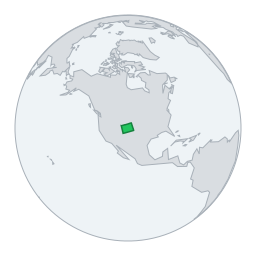 Colorado on an orthographic globe, rotated 344°
{"feature_id": "USA-3522", "entity_name": "Colorado", "entity_type": "State", "adm_level": 1, "iso_a3": "USA", "parent_name": "United States of America", "parent_adm1": "", "projection": "orthographic", "projection_center": [-105.117, 39.0], "detail": "fine", "context": "on_globe", "style": "filled", "palette": "green", "viewbox_px": 256, "rotation_deg": 344, "n_neighbors": 0, "source": "natural_earth", "source_scale": "10m", "svg_char_len": 10697}
<svg xmlns="http://www.w3.org/2000/svg" viewBox="0 0 256 256"><g transform="rotate(344 128 128)"><circle cx="128" cy="128" r="113" fill="#eef3f6" stroke="#a8b0b8"/><path d="M23.5,170.0L23.8,170.7L23.5,170.0ZM167.0,233.7L166.0,234.0L172.6,231.2L170.0,232.3L174.9,229.0L180.7,224.7L188.7,212.3L187.6,210.4L181.0,210.1L173.3,201.8L176.2,196.1L174.1,194.3L180.7,184.6L178.5,177.9L176.0,177.6L173.9,181.1L165.0,178.7L161.2,173.6L131.0,167.8L127.3,164.8L126.3,159.5L111.9,141.3L120.2,158.5L115.4,155.3L110.8,149.1L112.4,147.6L108.1,138.3L103.2,134.5L99.6,122.4L102.8,107.3L105.0,109.9L105.5,106.2L102.9,102.8L101.0,101.6L99.2,86.4L91.3,77.2L86.0,77.8L89.4,75.1L77.5,79.1L71.4,77.7L80.0,77.2L82.2,75.6L79.0,73.4L80.5,71.3L79.9,69.1L82.0,66.9L86.9,67.2L88.4,65.8L86.0,64.4L86.7,61.5L89.9,63.8L91.4,59.0L99.8,59.2L106.9,68.1L113.3,67.3L125.2,74.4L125.8,72.2L130.7,73.9L133.3,72.2L134.8,74.3L135.6,71.1L133.8,69.6L133.5,67.7L134.9,66.6L137.0,69.0L136.6,69.9L137.9,70.0L138.4,71.7L138.9,70.3L141.3,73.5L141.0,68.8L144.6,70.0L145.6,72.6L142.8,74.3L138.3,85.4L138.5,89.0L141.6,92.1L153.0,93.5L154.3,96.9L158.1,100.0L158.6,97.1L155.8,93.7L157.7,89.3L154.1,85.9L154.4,83.8L151.8,79.8L155.1,78.4L159.7,79.3L162.0,82.6L164.1,83.2L164.2,78.6L170.8,83.7L179.1,85.5L180.5,87.2L179.0,92.7L173.1,96.1L171.1,104.4L175.3,97.1L178.7,102.0L180.5,102.1L182.1,100.9L181.9,98.4L183.7,99.8L180.2,107.2L178.5,106.0L179.7,103.6L176.9,105.4L174.6,110.9L176.5,113.2L170.9,119.9L172.2,121.7L171.7,124.3L170.0,120.9L173.0,127.4L166.8,137.7L170.6,149.0L163.6,141.5L159.2,141.6L154.1,143.1L154.6,144.9L147.1,145.0L141.5,150.1L141.1,159.6L145.1,166.0L153.3,164.8L154.9,160.6L160.5,158.5L158.2,169.5L168.2,168.5L168.2,175.9L171.3,178.8L175.9,176.4L180.8,176.6L183.6,171.3L188.5,167.0L189.3,172.6L191.4,166.2L194.5,167.7L203.8,162.5L203.3,164.2L211.2,166.1L218.7,163.3L220.4,165.8L219.6,168.9L221.9,167.5L221.9,169.0L230.1,162.2L233.3,160.6L232.5,165.6L228.6,175.4L222.0,189.4L214.1,199.4L210.2,204.6L200.5,214.0L196.0,217.2L195.3,218.2L191.1,221.3L187.6,223.4L185.3,225.0L182.6,226.4L183.1,226.2L182.5,226.6L174.9,230.4L167.0,233.7ZM45.7,142.2L46.2,139.8L47.0,142.0L45.7,142.2ZM45.7,137.8L45.7,138.7L45.6,137.9L45.7,137.8ZM45.1,136.9L45.5,137.6L45.0,137.0L45.1,136.9ZM44.2,135.9L44.7,136.3L44.2,135.9ZM171.0,153.0L182.3,154.7L176.7,157.5L177.6,156.1L174.6,154.8L169.2,154.4L164.0,157.1L171.0,153.0ZM43.1,133.7L42.8,133.1L43.4,133.2L43.1,133.7ZM174.2,145.2L172.3,145.4L174.0,144.7L174.2,145.2ZM99.9,101.4L102.6,103.0L104.5,107.0L102.0,105.8L99.9,101.4ZM96.7,94.2L98.4,94.2L97.7,97.9L96.9,96.7L96.7,94.2ZM81.9,78.9L83.8,80.0L81.4,79.7L81.9,78.9ZM79.4,69.2L78.3,69.6L78.4,68.4L79.4,69.2ZM150.1,80.9L150.9,80.4L151.0,81.4L150.1,80.9ZM148.2,79.7L147.7,81.3L146.8,81.0L147.1,80.0L148.2,79.7ZM81.8,63.9L82.3,61.9L82.7,64.0L81.8,63.9ZM149.1,77.9L145.1,80.2L143.4,79.7L143.2,75.7L149.1,77.9ZM83.2,60.7L84.2,56.1L82.0,56.5L89.0,52.9L85.7,57.9L86.5,60.3L84.8,59.7L83.2,60.7ZM132.6,69.6L134.6,71.2L131.7,70.9L132.6,69.6ZM130.8,69.9L122.1,72.2L119.8,69.5L123.2,69.2L119.2,66.7L122.3,64.2L125.2,65.0L126.1,67.2L126.6,64.6L130.8,69.9ZM92.6,51.8L93.6,50.9L93.5,52.0L92.6,51.8ZM133.2,67.0L131.6,67.6L129.5,65.3L132.2,63.6L132.1,64.9L133.2,67.0ZM116.6,67.3L115.5,65.4L117.8,62.8L117.7,61.8L122.2,63.9L116.6,67.3ZM133.2,64.8L133.7,62.8L135.9,63.0L134.5,66.2L133.2,64.8ZM127.8,65.4L127.0,64.3L128.3,64.3L127.8,65.4ZM144.1,62.7L142.3,63.3L141.0,62.1L144.1,62.7ZM133.7,62.1L132.9,62.1L132.2,61.7L133.0,60.5L133.7,62.1ZM123.5,62.0L124.6,61.4L121.7,61.0L123.3,59.2L126.1,61.0L125.5,59.5L126.0,58.9L127.7,61.0L123.5,62.0ZM131.6,58.2L135.7,60.1L139.3,59.2L140.5,60.1L134.5,61.6L131.6,58.2ZM129.2,59.7L131.0,59.0L131.6,60.5L130.7,61.9L129.2,59.7ZM123.4,57.4L120.3,59.7L119.8,59.2L123.4,57.4ZM132.6,57.6L131.6,57.2L132.8,57.4L132.6,57.6ZM126.1,57.1L125.0,57.9L124.5,57.4L126.1,57.1ZM130.5,55.7L131.8,56.3L131.2,57.2L130.5,55.7ZM128.3,56.1L127.9,55.1L130.2,57.2L128.0,56.5L128.3,56.1ZM125.7,56.4L125.1,56.4L126.2,56.2L125.7,56.4ZM131.8,52.0L134.9,54.4L133.7,56.3L130.8,53.7L131.8,52.0ZM193.4,36.3L190.9,34.5L193.4,36.3ZM176.2,26.2L177.1,26.6L172.7,24.7L178.0,27.2L177.5,26.9L180.8,28.5L181.4,29.0L179.9,28.2L181.9,29.4L188.9,33.3L189.2,33.4L196.0,38.3L197.1,39.0L199.7,41.2L198.8,40.8L197.2,39.7L197.2,41.9L199.6,43.4L199.7,41.6L200.7,42.6L203.9,45.2L202.3,44.1L201.6,46.2L206.2,52.0L216.0,63.0L217.9,66.9L217.6,69.3L209.9,63.1L206.7,55.1L203.9,53.2L201.1,53.7L200.4,51.4L198.8,50.7L197.3,47.9L191.6,43.6L189.5,41.0L184.0,39.0L182.2,37.6L186.0,39.1L187.5,38.9L181.8,33.3L179.8,32.1L176.6,31.4L175.5,30.2L173.2,30.2L168.3,27.5L172.3,31.1L168.8,30.8L164.0,29.2L163.6,29.9L171.3,32.5L173.7,33.1L174.6,32.4L181.8,35.0L184.5,37.0L179.7,37.1L182.9,40.2L177.7,39.3L160.1,32.1L154.4,29.5L152.0,24.6L155.3,24.9L157.7,26.6L158.5,24.8L157.0,25.0L156.0,24.1L152.3,24.0L151.5,23.3L149.5,24.4L148.0,23.6L149.3,23.0L142.7,22.5L138.7,21.3L137.7,21.6L137.6,22.2L132.7,20.5L132.1,20.8L133.5,21.4L133.2,22.4L130.8,23.7L129.3,23.0L129.9,22.5L128.9,20.5L130.8,19.4L130.0,19.3L127.9,20.1L129.1,22.5L128.1,23.4L127.1,22.3L127.4,22.8L126.4,23.1L123.9,22.8L124.9,24.1L116.2,29.3L110.6,29.7L110.6,27.9L102.9,31.7L97.1,32.4L98.4,32.9L95.6,35.5L97.3,35.3L97.8,35.7L91.3,42.9L88.5,44.3L87.2,48.6L87.9,48.9L89.8,48.0L89.0,52.9L82.0,56.5L80.8,55.5L77.3,58.7L75.1,56.1L71.7,55.7L71.5,51.5L68.8,51.7L67.7,53.0L63.2,54.5L57.8,53.7L67.0,48.7L76.1,50.1L72.8,48.9L75.0,47.6L74.7,46.3L72.2,45.8L71.1,46.6L74.5,38.9L71.5,36.2L68.3,39.5L64.7,41.5L58.5,42.7L59.2,39.0L54.5,42.7L53.7,43.3L60.5,37.9L61.0,37.4L62.7,36.2L65.6,34.2L66.0,34.0L66.5,33.7L73.5,29.4L80.8,25.7L88.4,22.6L96.2,19.9L104.1,17.9L112.2,16.5L120.4,15.6L128.6,15.4L136.8,15.7L144.9,16.6L153.0,18.2L160.9,20.3L168.7,23.0L176.2,26.2ZM239.6,113.0L239.6,113.4L236.8,108.7L235.0,102.0L232.5,97.5L218.2,67.7L217.7,64.6L209.4,51.4L208.8,50.4L212.5,54.0L210.5,51.3L216.2,57.9L221.3,64.9L225.9,72.2L229.9,79.9L233.3,87.9L236.0,96.1L238.2,104.5L239.6,113.0ZM226.0,78.8L227.1,80.3L226.0,78.8ZM204.1,162.2L205.3,162.7L203.9,163.6L204.1,162.2ZM176.3,160.3L178.5,159.6L179.8,160.2L178.2,161.1L176.3,160.3ZM193.8,153.1L196.1,152.6L193.9,154.2L193.8,153.1ZM184.0,154.7L191.9,153.9L187.6,157.7L182.5,158.3L185.8,156.4L184.0,154.7ZM174.0,149.2L175.5,149.2L175.4,150.5L174.0,149.2ZM175.5,144.7L175.0,145.0L174.1,144.3L175.5,144.7ZM178.9,101.5L179.3,101.0L181.0,100.2L180.6,101.5L178.9,101.5ZM186.3,91.8L189.0,94.3L186.8,93.3L186.7,95.4L182.0,96.2L181.0,88.1L182.3,91.5L186.3,91.8ZM175.5,95.4L178.6,95.6L175.2,95.8L175.5,95.4ZM191.8,50.9L192.4,49.9L194.7,51.2L197.3,55.3L194.1,53.3L191.8,50.9ZM192.7,48.4L187.2,47.8L185.3,45.5L187.3,46.8L186.6,45.4L189.7,47.2L193.3,45.9L195.5,47.1L199.2,53.4L196.8,50.6L196.3,51.6L192.7,48.4ZM176.3,52.6L173.9,53.0L173.0,47.4L175.4,47.8L178.2,51.6L177.0,53.5L176.3,52.6ZM149.5,70.7L148.7,71.7L148.1,71.0L148.3,69.6L149.5,70.7ZM143.3,63.1L152.7,66.0L152.2,67.2L158.3,67.8L159.4,71.2L155.4,70.6L160.7,73.9L157.5,74.8L161.3,76.7L152.3,75.1L149.6,76.2L152.2,73.6L151.3,70.3L150.2,69.3L144.8,67.2L138.7,68.3L136.8,65.5L137.2,63.3L138.4,62.6L139.2,64.6L140.2,62.2L142.3,64.6L143.3,63.1ZM142.2,42.1L142.6,44.0L145.0,40.9L147.1,42.8L147.3,42.3L149.9,43.2L153.3,43.6L153.9,44.7L155.0,44.4L156.7,45.1L158.4,45.2L160.0,47.1L162.2,47.4L161.7,48.2L165.0,48.1L163.3,49.1L165.4,50.3L166.0,48.7L170.5,60.7L173.8,65.3L177.5,68.8L173.9,70.4L168.2,68.3L162.0,64.5L159.4,60.0L158.3,61.7L156.7,60.1L158.2,59.4L154.9,59.5L154.0,58.0L148.4,55.4L144.2,56.7L142.1,56.0L143.3,54.7L140.3,54.8L141.2,52.0L139.7,51.5L139.0,48.3L142.2,46.4L140.3,46.0L139.7,43.7L142.2,42.1ZM131.7,51.1L135.1,48.1L137.9,47.8L137.9,53.6L139.1,54.5L139.2,58.4L135.1,58.9L135.5,57.7L134.8,56.6L136.4,56.9L134.7,55.9L135.1,54.3L134.0,53.1L135.4,52.5L131.7,51.1ZM206.5,48.0L205.7,47.1L204.1,45.5L206.1,47.1L206.5,48.0ZM206.2,49.5L205.2,48.4L207.3,49.7L208.1,50.8L206.2,49.5ZM202.9,46.8L205.0,48.2L204.4,48.1L202.9,46.8ZM184.9,38.1L183.7,37.1L184.3,37.1L185.7,37.8L184.9,38.1ZM149.7,34.1L149.5,35.1L148.8,35.0L146.3,36.4L144.5,35.3L145.3,34.0L149.7,34.1ZM147.4,33.2L146.6,33.8L146.2,32.9L147.4,33.2ZM143.1,34.5L142.3,33.5L144.0,35.3L143.1,34.5ZM131.1,26.2L136.6,25.3L139.4,24.3L139.1,23.0L141.8,24.7L137.6,26.2L131.1,26.2ZM118.2,28.9L118.5,30.3L116.8,30.2L116.5,29.9L118.2,28.9ZM119.5,29.4L122.7,30.3L121.8,31.4L119.5,30.5L119.5,29.4ZM135.2,31.1L137.0,30.9L137.2,31.6L135.2,31.1ZM23.2,169.3L23.5,170.0L23.8,170.7L23.3,169.5L23.2,169.3ZM47.9,48.8L48.8,47.9L47.5,49.3L46.9,49.8L47.3,49.4L47.9,48.8ZM50.8,46.0L50.4,46.4L48.0,49.0L49.0,48.3L48.1,49.9L50.4,48.3L50.5,48.9L47.6,51.2L44.3,53.5L47.5,49.3L49.8,46.9L50.8,46.0ZM51.6,47.6L55.3,46.2L52.1,49.8L50.6,50.9L50.2,50.0L51.9,48.1L51.6,47.6ZM55.3,47.0L57.0,45.2L66.1,41.1L67.3,41.2L58.6,45.9L59.8,44.5L58.1,45.0L55.3,47.0ZM92.6,50.7L93.5,50.8L92.3,51.4L92.6,50.7ZM98.8,35.5L99.1,36.3L97.7,36.8L98.8,35.5ZM99.3,38.6L100.7,37.5L99.9,39.0L99.3,38.6ZM103.7,35.2L101.6,37.2L102.7,34.9L103.7,35.2Z" fill="#d9dde1" stroke="#a8b0b8" stroke-width="1"/><path d="M122.2,123.9L122.4,124.0L122.6,124.0L122.9,124.0L123.1,124.0L123.3,124.0L123.6,124.0L123.8,124.0L124.0,124.0L124.3,124.0L124.5,124.0L125.0,124.0L125.4,124.0L125.7,124.0L125.9,124.1L126.1,124.1L126.4,124.1L126.6,124.1L126.8,124.1L127.1,124.1L127.3,124.1L127.5,124.1L127.8,124.1L128.0,124.1L128.5,124.1L128.9,124.1L129.2,124.1L129.4,124.1L129.6,124.1L129.8,124.1L130.0,124.1L130.3,124.0L130.5,124.0L130.9,124.0L131.0,124.0L131.4,124.0L131.6,124.0L131.9,124.0L132.1,124.0L132.3,124.0L132.5,124.0L132.6,124.4L132.6,124.5L132.6,124.9L132.6,125.0L132.6,125.3L132.6,125.5L132.6,125.8L132.6,126.0L132.6,126.3L132.6,126.5L132.6,126.9L132.7,127.1L132.7,127.4L132.7,127.6L132.7,127.8L132.7,128.0L132.7,128.4L132.7,128.5L132.7,128.9L132.7,129.1L132.7,129.3L132.7,129.5L132.8,129.6L132.8,129.8L132.8,130.0L132.8,130.4L132.8,130.6L132.8,130.9L132.8,131.1L132.8,131.3L132.8,131.5L132.8,131.8L132.7,131.9L132.3,131.9L132.1,131.9L131.9,131.9L131.7,131.9L131.3,131.9L131.0,131.9L130.7,131.9L130.4,131.9L130.1,131.9L129.8,131.9L129.5,131.9L129.2,131.9L128.9,131.9L128.7,131.9L128.4,131.9L128.1,131.9L127.8,131.9L127.5,131.9L127.2,131.9L126.9,131.9L126.6,131.9L126.3,131.9L126.0,131.9L125.7,131.9L125.4,131.9L125.1,131.9L124.8,131.9L124.5,131.9L124.2,131.9L123.9,131.9L123.6,131.9L123.3,131.9L123.0,131.8L122.7,131.8L122.4,131.8L122.1,131.8L121.8,131.8L121.8,131.6L121.9,131.3L121.9,131.1L121.9,130.8L121.9,130.6L121.9,130.3L121.9,130.1L121.9,129.8L121.9,129.6L121.9,129.3L121.9,129.1L122.0,128.9L122.0,128.6L122.0,128.4L122.0,128.1L122.0,127.9L122.0,127.6L122.0,127.4L122.0,127.1L122.0,126.9L122.1,126.6L122.1,126.4L122.1,126.2L122.1,125.9L122.1,125.7L122.1,125.4L122.1,125.2L122.1,124.9L122.1,124.7L122.2,124.4L122.2,124.2L122.2,123.9Z" fill="#22c55e" stroke="#15803d" stroke-width="1.5"/></g></svg>